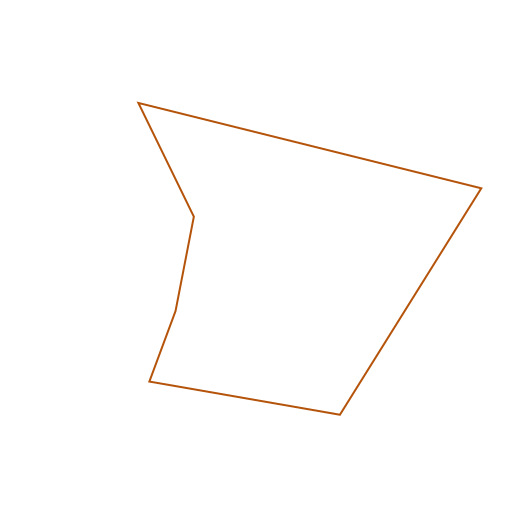 outline of Saint John Figtree, rotated 296°
{"feature_id": "KNA-5105", "entity_name": "Saint John Figtree", "entity_type": "Parish", "adm_level": 1, "iso_a3": "KNA", "parent_name": "Saint Kitts and Nevis", "parent_adm1": "", "projection": "equal_earth", "projection_center": [-62.592, 17.123], "detail": "fine", "context": "isolated", "style": "outline", "palette": "amber", "viewbox_px": 512, "rotation_deg": 296, "n_neighbors": 0, "source": "natural_earth", "source_scale": "10m", "svg_char_len": 248}
<svg xmlns="http://www.w3.org/2000/svg" viewBox="0 0 512 512"><g transform="rotate(296 256 256)"><path d="M415.6,428.8L150.1,401.0L96.4,215.2L171.3,207.8L264.1,182.9L342.0,83.2L415.6,428.8Z" fill="none" stroke="#b45309" stroke-width="2"/></g></svg>